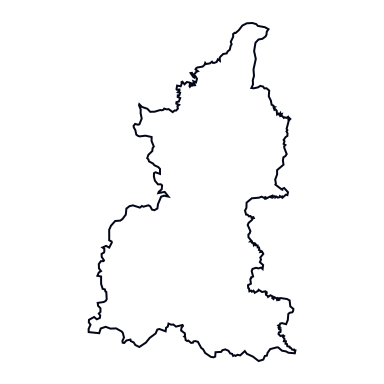 Khao Kho, Phetchabun, Thailand (Mercator projection)
{"feature_id": "78962969B71120844941830", "entity_name": "Khao Kho", "entity_type": "district", "adm_level": 2, "iso_a3": "THA", "parent_name": "Thailand", "parent_adm1": "Phetchabun", "projection": "mercator", "projection_center": [101.026, 16.687], "detail": "fine", "context": "isolated", "style": "outline", "palette": "ink", "viewbox_px": 384, "rotation_deg": 0, "n_neighbors": 0, "source": "geoboundaries", "source_scale": "gbopen_adm2", "svg_char_len": 6013}
<svg xmlns="http://www.w3.org/2000/svg" viewBox="0 0 384 384"><path d="M264.9,27.2L257.9,25.9L256.2,24.1L252.3,23.0L246.8,23.3L242.3,25.6L238.9,30.1L235.6,33.0L234.6,32.8L233.1,34.1L233.2,36.8L230.8,41.7L231.6,44.3L230.7,45.7L229.8,49.7L227.6,51.5L226.7,53.4L223.2,54.0L220.4,56.7L219.7,57.9L219.9,60.8L217.9,59.3L216.6,62.0L214.3,62.9L212.9,62.9L212.0,61.7L209.8,63.4L206.1,64.0L205.2,62.9L204.6,64.8L202.6,66.6L197.3,67.5L196.0,68.4L195.5,69.4L197.9,71.2L195.7,72.2L195.5,73.1L193.5,74.6L192.8,74.5L191.9,72.8L190.6,73.1L193.3,77.0L194.3,77.6L194.5,76.1L195.2,75.9L197.0,78.7L196.0,82.4L193.5,81.3L195.0,85.2L194.1,85.3L193.4,83.9L192.5,84.1L191.9,82.7L192.1,85.6L190.8,85.7L189.9,86.8L189.5,86.1L190.3,82.8L186.9,82.0L184.5,84.3L182.4,81.7L181.5,82.2L181.8,83.4L180.7,86.3L177.1,85.6L176.5,89.2L177.0,89.8L179.4,89.5L179.5,90.4L177.9,92.3L180.1,92.7L179.3,95.3L177.8,95.3L177.7,97.0L180.2,98.1L178.8,101.6L176.5,102.1L176.3,103.6L179.1,104.9L177.4,106.2L177.9,108.6L176.0,110.6L174.6,110.5L172.7,112.1L168.6,109.1L166.8,109.4L164.2,108.6L163.4,109.8L161.7,110.3L160.3,110.0L154.6,111.7L150.2,111.8L147.4,108.8L141.9,106.9L139.3,104.2L139.0,105.2L140.7,109.5L140.6,113.0L141.7,118.6L139.4,124.3L137.9,124.7L135.1,123.9L133.6,125.9L133.8,127.5L135.3,130.0L136.3,134.6L137.9,135.8L139.6,136.4L145.5,135.7L151.6,137.0L151.6,141.1L153.8,146.5L152.6,148.2L152.3,151.0L148.4,154.8L147.2,158.2L148.4,159.4L149.0,161.4L153.1,163.6L154.3,165.2L158.3,167.1L160.0,168.9L160.0,173.9L155.5,172.3L154.0,173.2L153.9,176.5L154.9,180.6L157.9,184.3L160.9,184.3L162.1,185.4L161.7,189.3L158.8,191.8L158.3,193.1L164.7,191.9L168.4,196.6L164.0,195.7L161.1,196.7L158.0,204.1L157.4,208.5L154.4,210.2L152.0,209.6L150.2,206.3L148.4,205.3L143.5,206.7L141.9,206.0L139.9,207.6L133.0,205.4L129.6,206.1L126.4,208.6L125.8,214.6L122.5,219.0L120.3,220.6L115.2,221.0L111.0,225.7L109.2,229.7L109.2,240.3L111.6,241.5L111.8,242.6L109.2,247.6L106.1,245.9L102.5,247.5L104.3,248.7L104.3,251.6L104.0,252.5L101.6,253.9L101.7,256.9L104.0,260.4L103.5,261.1L100.8,261.2L98.8,264.1L99.0,268.5L101.0,271.1L98.8,272.5L97.4,275.8L101.1,276.5L101.1,283.9L102.7,288.9L104.9,289.4L105.4,291.5L106.3,292.0L106.7,299.2L105.8,300.8L103.8,302.0L97.7,302.9L98.1,305.8L100.4,308.2L100.5,311.8L98.8,313.6L100.2,315.4L99.9,317.9L96.8,319.3L94.1,317.0L89.0,319.8L88.8,322.3L90.5,324.7L88.6,329.0L88.7,332.1L99.2,333.2L100.7,328.5L105.7,326.8L110.4,328.6L116.1,328.4L121.7,331.5L122.8,332.9L124.0,337.4L122.4,341.0L122.7,342.7L124.2,343.0L126.4,340.5L130.4,339.6L130.8,341.1L133.7,342.4L135.3,345.0L139.3,347.0L145.9,342.6L149.7,337.9L155.6,333.5L157.3,329.6L159.4,329.0L165.6,331.3L166.1,327.7L167.8,326.6L168.5,323.6L171.2,324.7L173.3,324.5L176.0,326.6L182.5,325.0L183.0,325.9L181.5,327.7L181.1,330.5L184.9,333.4L185.0,335.8L184.3,336.5L185.1,336.8L185.7,340.1L187.2,341.0L188.3,340.6L191.1,342.9L192.9,342.7L193.5,341.4L195.3,341.1L197.9,341.8L201.2,347.9L203.1,349.3L205.2,353.0L210.9,356.9L213.6,357.3L215.2,356.6L215.5,352.2L221.2,351.9L222.4,350.2L225.3,349.4L228.5,350.8L230.2,353.4L232.2,353.9L233.1,355.9L234.7,355.3L235.6,355.9L237.5,354.8L240.2,355.4L244.8,351.1L246.8,353.8L252.9,356.6L258.6,361.0L263.3,359.6L264.8,356.0L266.8,355.7L267.6,352.8L270.2,349.1L277.0,347.3L278.3,347.5L282.0,350.7L286.0,351.4L288.3,352.7L294.8,353.3L295.4,350.4L294.2,350.3L294.1,349.6L292.2,349.7L290.9,348.0L289.7,347.6L289.6,346.7L287.3,346.2L287.0,344.1L285.5,343.7L285.9,341.3L283.9,341.2L284.6,339.1L283.0,337.0L284.1,336.0L283.2,335.3L280.4,336.0L278.5,334.0L278.9,332.4L280.4,332.1L280.7,330.0L278.9,329.0L278.8,328.3L279.9,327.9L278.8,327.3L279.5,326.6L278.3,325.5L279.8,324.9L280.2,323.6L282.0,323.1L286.1,324.2L287.8,320.0L288.3,314.0L289.6,312.8L292.3,312.3L293.1,311.1L293.4,308.9L290.3,306.4L289.6,300.4L286.9,299.0L280.8,298.1L279.6,298.2L279.4,299.8L278.5,300.0L278.6,298.4L277.6,298.1L276.9,299.4L276.4,298.2L274.4,297.2L273.5,299.0L272.3,298.1L272.6,296.4L270.4,295.3L268.1,296.9L267.9,296.1L266.0,294.8L265.8,293.3L266.7,293.1L266.7,292.2L265.3,291.3L262.1,292.0L258.6,289.8L258.2,290.8L254.7,292.8L253.5,290.7L251.9,291.7L251.0,290.6L249.4,291.3L249.0,288.5L248.2,288.0L248.0,285.2L250.9,283.7L250.3,279.1L251.2,278.3L251.1,277.4L253.1,276.5L251.7,271.1L252.5,268.9L256.1,267.8L258.5,268.4L261.1,267.6L262.6,269.0L263.1,265.0L259.9,262.2L261.0,259.6L260.3,257.5L263.3,253.9L262.2,251.8L260.5,252.0L261.1,251.0L259.0,250.0L259.3,248.5L258.9,247.4L257.7,247.4L257.6,245.5L255.8,245.3L255.9,244.5L254.9,243.4L253.8,245.0L253.2,243.0L252.0,242.7L252.0,241.6L250.4,241.5L251.3,240.7L248.5,237.3L248.4,234.5L249.7,233.3L250.4,231.1L247.7,225.0L248.6,222.9L251.9,220.0L252.8,218.3L253.8,218.1L253.4,217.2L251.5,217.6L251.4,216.8L250.2,216.0L249.1,216.4L247.5,214.7L246.1,214.6L245.0,210.6L246.4,207.9L246.6,202.6L251.8,198.3L258.9,197.7L261.6,196.7L263.9,197.8L265.0,197.3L265.1,198.3L265.8,197.8L266.1,198.6L269.5,196.8L271.3,197.4L270.9,196.3L272.6,195.6L273.3,197.0L274.3,196.2L275.4,196.5L275.4,197.4L276.6,196.6L277.7,197.6L279.5,197.2L279.9,196.1L281.5,197.2L282.1,196.6L282.6,197.6L285.9,194.7L287.4,195.1L288.0,192.2L284.1,188.0L282.2,188.9L282.2,189.6L281.5,189.3L275.4,184.6L275.9,183.5L275.2,179.6L277.1,174.4L277.1,170.1L283.5,164.7L282.9,160.5L283.4,157.3L285.3,156.2L286.7,154.1L284.3,147.9L284.1,146.4L285.4,145.0L283.6,143.9L284.5,141.2L283.6,140.0L285.6,137.1L287.4,135.9L287.5,133.2L286.5,131.4L287.4,130.1L286.6,128.9L288.8,120.5L290.3,119.0L288.8,117.6L288.4,118.3L289.1,119.2L288.4,119.7L288.0,116.9L286.2,117.9L284.7,117.3L283.9,117.9L282.0,115.8L280.9,116.0L281.7,114.1L280.5,114.5L280.3,113.3L279.3,114.8L278.6,113.6L277.1,114.5L276.7,110.7L275.1,109.1L274.4,109.7L273.7,107.7L274.6,107.1L273.6,106.9L273.5,105.7L271.6,104.7L270.9,100.7L268.8,96.4L269.2,90.6L266.6,88.3L264.4,88.4L263.1,86.6L260.3,85.9L257.9,87.4L253.7,88.3L251.4,88.0L253.0,84.5L252.8,80.3L254.0,75.9L253.5,69.5L255.8,58.9L254.1,51.1L255.5,42.7L258.5,39.5L262.4,38.8L265.5,36.5L266.4,34.9L266.8,31.6L268.5,29.2L264.9,27.2Z" fill="none" stroke="#020617" stroke-width="2"/></svg>